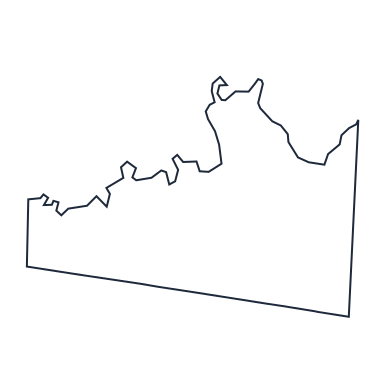 outline of Sumter, Alabama, United States of America, rotated 273°
{"feature_id": "52423323B29714418212359", "entity_name": "Sumter", "entity_type": "district", "adm_level": 2, "iso_a3": "USA", "parent_name": "United States of America", "parent_adm1": "Alabama", "projection": "orthographic", "projection_center": [-88.095, 32.652], "detail": "fine", "context": "isolated", "style": "outline", "palette": "slate", "viewbox_px": 384, "rotation_deg": 273, "n_neighbors": 0, "source": "geoboundaries", "source_scale": "gbopen_adm2", "svg_char_len": 1147}
<svg xmlns="http://www.w3.org/2000/svg" viewBox="0 0 384 384"><g transform="rotate(273 192 192)"><path d="M105.9,60.5L103.3,86.1L97.5,146.7L95.5,163.7L91.5,204.0L89.1,227.2L84.5,271.2L82.9,288.0L80.3,312.1L79.3,321.2L78.8,324.1L75.6,355.1L272.7,354.3L268.1,352.4L264.1,345.6L256.5,338.3L247.3,337.0L237.0,325.9L226.2,322.8L227.8,307.0L232.1,296.0L246.9,285.7L254.8,284.6L263.1,277.2L266.8,268.5L279.3,255.7L284.3,253.4L303.7,257.1L307.0,255.7L308.2,252.2L303.4,249.1L295.2,243.3L294.7,230.2L285.4,220.5L285.5,216.8L291.7,212.2L299.9,213.8L300.6,221.2L308.4,214.1L301.4,207.0L293.8,206.4L282.8,209.9L280.0,205.1L273.2,201.5L265.8,204.1L253.9,211.8L240.7,216.6L221.8,220.0L213.0,207.6L213.1,198.6L222.7,194.9L221.5,181.6L228.3,175.3L224.1,170.9L213.4,177.0L201.8,174.6L198.3,168.9L210.5,165.1L211.9,160.2L204.1,150.8L200.8,135.7L203.5,131.7L212.9,134.8L218.9,125.6L213.0,119.8L202.5,122.7L191.6,106.3L185.8,110.1L172.9,107.6L182.8,96.8L172.8,87.9L168.9,69.3L161.9,62.7L166.3,57.5L174.7,59.2L175.9,54.1L171.9,52.7L171.2,44.8L178.7,48.6L181.8,43.8L177.9,40.9L176.1,28.9L108.9,31.0L105.9,60.5Z" fill="none" stroke="#1e293b" stroke-width="2"/></g></svg>